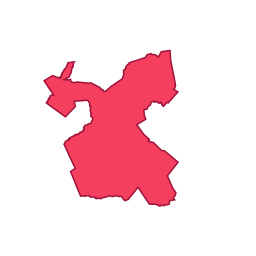 Laikipia West, Rift Valley, Kenya, rotated 240°
{"feature_id": "3690345B46461276162505", "entity_name": "Laikipia West", "entity_type": "district", "adm_level": 2, "iso_a3": "KEN", "parent_name": "Kenya", "parent_adm1": "Rift Valley", "projection": "robinson", "projection_center": [36.893, -0.075], "detail": "fine", "context": "isolated", "style": "filled", "palette": "rose", "viewbox_px": 256, "rotation_deg": 240, "n_neighbors": 0, "source": "geoboundaries", "source_scale": "gbopen_adm2", "svg_char_len": 5774}
<svg xmlns="http://www.w3.org/2000/svg" viewBox="0 0 256 256"><g transform="rotate(240 128 128)"><path d="M211.1,89.0L210.9,79.0L199.9,79.6L193.8,80.2L193.9,79.4L194.3,79.3L194.5,79.0L194.5,78.6L194.8,78.0L194.7,77.6L194.8,77.0L194.5,76.6L194.0,76.2L194.0,75.8L193.8,75.6L193.5,75.5L193.4,75.1L193.4,74.3L193.2,74.1L193.1,73.8L192.9,73.9L192.3,73.6L192.2,73.2L192.2,72.9L192.0,72.7L191.7,72.1L191.3,72.0L191.3,71.6L191.4,71.3L190.9,70.9L190.6,70.3L190.3,70.3L190.4,69.9L185.0,72.2L169.0,79.4L172.9,93.1L178.0,94.9L173.4,104.5L172.9,105.8L172.2,106.7L171.8,107.0L170.2,106.9L170.0,107.1L169.1,107.2L167.6,106.7L167.4,106.4L166.6,106.0L165.7,105.8L165.3,106.2L164.5,106.2L164.2,105.9L163.9,105.3L162.6,104.3L161.7,103.9L160.6,103.6L160.0,103.7L159.2,103.6L159.1,103.3L157.1,101.8L156.6,101.7L156.2,101.8L155.9,102.0L155.8,102.3L155.5,102.4L153.9,102.3L153.4,101.9L152.5,100.8L151.9,99.9L151.8,99.4L151.2,99.0L150.6,98.1L150.7,97.6L151.3,96.4L151.2,96.2L151.2,95.3L151.3,94.9L151.2,94.6L151.0,94.3L151.1,93.7L151.9,92.3L151.6,92.1L151.4,91.3L151.2,91.1L150.9,91.0L150.8,90.1L150.6,89.8L149.9,89.6L149.6,89.7L149.4,89.1L149.2,89.1L149.1,89.4L148.7,89.1L148.7,88.9L148.3,88.8L148.2,88.3L148.4,88.1L148.3,87.7L147.7,87.1L147.7,86.7L148.1,86.0L148.1,85.8L147.7,85.1L148.3,84.4L148.2,84.1L147.6,82.3L147.3,82.1L147.9,81.2L147.9,80.8L148.1,80.4L147.9,80.2L147.8,79.9L148.0,79.6L148.6,79.2L148.8,78.8L148.6,78.4L148.4,78.2L148.1,76.9L148.2,76.7L148.5,75.8L148.3,75.6L148.3,75.1L148.6,74.6L148.6,74.2L148.5,73.5L147.9,72.8L148.0,72.3L148.4,72.3L148.6,72.1L148.3,71.8L148.3,71.4L148.1,71.1L147.6,71.4L147.2,71.3L147.3,70.5L147.0,70.2L147.7,69.8L147.8,69.6L147.7,68.9L147.8,68.7L147.7,68.0L147.5,67.8L147.4,66.8L147.3,66.4L146.7,65.9L146.2,65.3L146.0,64.5L124.8,62.5L119.5,62.2L119.0,56.5L104.4,54.5L101.8,54.0L93.8,53.1L92.7,52.8L92.5,53.4L92.5,54.0L92.0,54.5L91.7,54.7L91.2,55.8L90.3,56.8L90.1,58.2L89.2,60.2L88.9,60.3L88.5,60.2L88.2,60.3L87.9,60.6L87.0,60.9L86.5,61.9L86.1,62.3L85.8,63.0L85.8,63.4L84.7,64.4L83.8,64.8L83.6,64.6L83.3,64.6L82.4,65.5L82.3,66.0L82.3,66.8L82.2,67.1L80.8,68.5L80.3,69.3L80.4,69.7L80.3,70.0L80.5,70.7L80.5,71.3L79.9,72.0L79.5,73.7L79.2,74.5L79.0,75.9L78.7,76.4L78.5,77.1L78.5,77.7L78.6,78.1L78.2,78.7L77.6,79.1L77.2,79.2L77.0,79.3L76.4,80.3L76.1,80.5L75.9,81.5L76.0,82.1L75.9,82.4L75.7,82.6L75.7,82.9L75.4,83.1L75.1,83.6L74.8,84.4L74.6,84.9L74.3,85.1L73.3,85.7L72.7,86.7L72.7,87.0L72.4,87.3L71.8,88.4L70.7,88.4L69.7,88.2L69.2,88.3L68.8,88.5L68.0,88.4L67.8,88.5L67.0,89.3L66.7,89.2L66.3,89.6L66.1,89.8L66.5,90.5L66.6,91.1L66.2,91.5L66.3,91.8L66.0,92.4L71.6,107.0L53.2,108.3L52.9,108.5L52.6,108.3L52.3,108.5L52.0,108.4L50.8,108.9L50.5,109.5L50.4,109.8L50.5,110.2L50.3,110.5L49.7,111.3L49.3,111.5L49.2,112.0L49.2,112.4L49.1,112.7L48.8,112.9L47.5,114.3L47.2,114.4L46.7,114.9L46.2,115.3L45.8,115.9L45.0,116.0L44.4,116.4L44.3,116.6L44.4,117.3L44.3,118.2L44.0,118.8L43.7,119.4L43.2,120.0L42.9,120.1L42.7,120.4L42.8,120.7L42.7,121.0L42.7,121.8L42.0,123.6L41.4,125.4L44.2,127.7L42.5,132.5L44.6,132.1L45.8,134.7L47.8,137.1L53.9,136.7L66.9,138.2L73.3,154.2L80.2,151.8L90.1,148.1L91.7,145.8L101.5,143.1L102.5,142.9L106.5,139.0L107.4,140.8L114.5,138.5L126.5,137.3L126.7,147.8L131.8,148.7L132.5,149.3L133.6,149.7L135.5,150.8L135.6,151.2L135.8,151.3L135.9,151.7L135.7,152.0L135.1,152.7L135.2,153.0L134.9,153.8L134.9,154.1L135.0,154.4L136.1,155.4L136.2,155.6L136.3,156.3L136.7,157.1L136.8,158.1L136.7,158.5L137.0,159.3L137.8,159.9L138.4,160.7L138.8,162.2L138.5,163.3L138.1,163.9L137.4,163.6L137.1,163.7L137.0,164.0L137.1,164.3L137.0,164.7L137.2,165.0L137.0,165.4L137.1,165.8L136.6,166.0L135.6,166.5L135.2,166.4L135.1,166.7L133.6,167.8L133.8,168.7L133.5,168.6L133.1,168.9L133.2,169.2L132.5,169.5L132.3,169.2L131.9,169.2L131.5,169.2L131.0,168.9L130.5,169.0L130.7,169.3L129.9,169.7L129.1,169.6L129.2,170.1L130.7,174.6L129.6,175.2L134.3,189.3L138.8,186.7L139.0,188.1L139.2,188.5L140.7,190.1L141.2,190.5L146.3,192.4L165.1,198.7L174.1,203.2L175.9,198.9L177.4,194.9L174.4,189.9L174.7,189.6L175.3,189.6L175.7,189.1L176.1,188.9L177.3,188.7L177.8,187.9L178.3,187.4L178.6,187.3L178.8,187.1L178.9,186.2L179.2,186.0L179.6,185.9L179.7,185.6L179.9,185.4L180.0,185.1L180.5,184.8L181.0,185.0L181.3,184.2L181.2,183.8L181.5,182.3L181.9,181.7L181.9,181.1L180.5,178.6L180.4,177.9L183.8,162.1L183.8,161.7L183.3,160.7L183.0,160.7L183.2,160.3L183.1,159.6L182.7,158.3L182.4,157.5L181.7,156.4L180.6,155.4L180.2,154.5L180.2,154.1L180.4,153.3L180.3,152.9L179.9,152.8L179.2,152.8L179.0,152.6L178.5,152.0L177.8,151.6L176.6,151.4L176.4,151.2L175.5,149.8L174.9,149.3L173.6,148.0L173.5,147.7L173.5,147.1L173.3,146.3L173.3,145.6L172.5,134.4L171.3,128.4L171.3,127.9L171.4,127.2L171.2,126.6L171.2,125.9L171.6,125.4L171.9,125.3L172.2,125.2L173.8,125.3L174.5,124.4L175.0,124.2L177.2,123.8L185.6,118.4L185.9,118.2L186.1,117.0L193.5,106.6L193.7,106.3L193.6,105.2L193.7,104.8L193.8,104.6L196.5,101.7L198.9,102.6L199.2,101.2L199.6,100.3L200.5,98.8L201.8,96.9L201.8,97.6L201.6,98.0L201.7,98.3L201.5,99.0L201.4,99.4L201.9,100.3L201.9,100.7L201.5,101.5L201.5,101.9L202.0,102.9L202.1,103.2L202.5,103.5L203.7,105.6L204.5,106.4L204.8,107.1L205.2,107.3L205.9,107.3L206.1,107.4L206.7,108.4L207.3,109.1L208.2,109.9L208.4,110.2L208.3,110.9L208.5,111.2L209.1,111.6L210.0,111.8L210.4,112.4L210.8,112.6L211.1,113.2L211.4,113.4L211.7,113.4L211.9,113.7L212.2,114.5L214.6,108.6L214.4,108.3L213.7,108.0L213.1,106.9L212.7,106.3L212.0,106.1L211.8,105.7L211.6,104.9L211.0,103.9L210.8,102.7L210.6,102.5L210.4,101.6L209.9,101.4L209.8,101.1L209.5,101.1L209.2,100.2L209.3,99.8L208.6,99.2L208.7,98.4L208.1,97.9L207.6,97.8L207.4,96.9L206.8,96.8L206.3,96.3L206.2,96.0L206.1,95.7L206.4,95.4L206.2,95.1L204.9,94.8L204.7,94.4L205.5,93.8L206.1,93.5L207.1,92.1L210.2,89.6L211.1,89.0Z" fill="#f43f5e" stroke="#9f1239" stroke-width="1.5"/></g></svg>